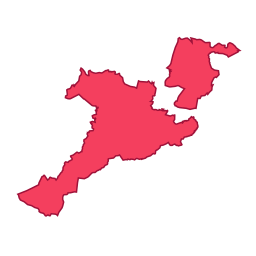 the district of Muara Enim, Sumatera Selatan, Indonesia, rotated 8°
{"feature_id": "22746128B32446581498560", "entity_name": "Muara Enim", "entity_type": "district", "adm_level": 2, "iso_a3": "IDN", "parent_name": "Indonesia", "parent_adm1": "Sumatera Selatan", "projection": "mercator", "projection_center": [104.014, -3.695], "detail": "fine", "context": "isolated", "style": "filled", "palette": "rose", "viewbox_px": 256, "rotation_deg": 8, "n_neighbors": 0, "source": "geoboundaries", "source_scale": "gbopen_adm2", "svg_char_len": 5773}
<svg xmlns="http://www.w3.org/2000/svg" viewBox="0 0 256 256"><g transform="rotate(8 128 128)"><path d="M51.6,223.1L53.1,223.9L56.3,224.3L58.4,226.4L59.1,226.5L60.7,225.3L61.7,225.4L62.1,225.8L63.1,225.7L63.9,223.6L68.1,223.4L69.3,223.7L70.4,224.5L71.2,221.2L73.8,216.2L74.2,214.2L74.6,210.3L73.3,207.9L73.0,205.7L73.2,204.1L73.8,203.0L76.7,202.4L77.5,201.5L77.6,200.6L80.2,200.1L83.7,198.7L85.9,198.6L85.6,189.0L85.8,184.4L91.8,184.3L95.3,182.0L95.6,182.1L95.3,182.0L98.4,177.7L99.5,177.0L101.6,176.6L103.6,174.4L104.5,174.1L105.7,173.0L106.5,173.1L107.4,171.4L109.4,170.4L110.5,168.2L112.5,167.0L112.8,166.3L112.5,164.9L113.1,163.4L112.7,161.8L112.9,161.2L117.9,159.7L119.7,157.3L122.2,156.7L123.4,155.9L127.6,160.5L130.5,159.5L131.7,159.6L132.2,158.8L134.4,159.1L135.1,158.4L137.4,158.3L139.0,158.6L140.5,157.1L141.1,156.9L143.6,157.4L146.0,156.5L146.0,157.0L149.5,155.4L150.9,153.9L154.2,152.3L156.2,150.0L157.0,149.7L157.5,150.0L158.4,149.8L158.6,149.5L158.6,146.8L159.3,145.9L160.1,145.6L162.3,143.1L162.6,140.9L165.3,140.0L168.2,138.2L169.9,136.7L171.9,139.0L172.6,139.3L174.3,139.0L174.8,138.4L176.6,137.4L178.3,138.5L179.4,138.3L180.3,138.7L183.5,137.4L183.7,136.9L181.9,134.4L182.4,131.5L184.2,131.2L185.0,129.2L187.2,128.5L187.4,128.2L188.3,128.1L189.0,127.5L190.3,127.2L190.7,126.5L192.1,126.3L192.3,125.4L193.7,124.2L193.8,123.3L194.4,122.9L194.2,122.3L195.2,121.4L195.3,120.9L195.0,120.9L196.1,119.9L195.9,119.4L196.6,118.6L196.5,118.0L197.0,117.6L197.0,116.4L196.0,113.9L195.8,112.7L195.0,112.3L194.0,111.3L194.0,110.9L192.3,110.0L191.5,109.2L191.8,108.5L191.4,107.9L190.0,108.5L189.2,108.0L188.0,109.8L187.0,110.6L187.0,111.8L186.1,112.4L184.6,112.6L184.6,112.9L183.4,112.8L183.0,113.3L182.6,113.2L181.2,113.9L181.7,114.9L181.1,115.5L180.4,115.0L179.7,115.2L175.5,117.4L174.8,117.4L173.8,117.0L172.4,115.6L172.1,114.8L173.0,113.2L172.5,108.7L172.3,108.7L172.4,109.5L172.1,109.6L170.6,109.0L168.1,110.3L163.3,109.6L164.8,106.2L164.9,105.5L164.5,105.1L163.5,105.8L162.5,105.5L161.6,105.9L160.2,105.5L160.7,104.5L159.1,104.4L159.7,106.0L156.4,105.4L156.3,106.1L154.8,106.4L153.3,105.9L151.9,106.0L151.5,106.3L149.5,105.9L148.9,105.1L149.1,104.8L148.9,104.3L147.3,102.7L148.8,100.7L149.2,99.4L148.9,98.9L149.0,98.5L146.8,98.5L147.6,97.7L148.5,95.6L147.9,93.2L148.4,92.6L149.6,92.5L150.1,91.9L149.8,90.5L150.1,89.7L150.2,84.8L147.3,82.2L147.3,79.4L146.1,80.2L145.5,79.3L145.2,80.9L144.1,80.5L141.8,78.6L140.8,79.8L133.5,80.3L131.9,79.9L131.0,87.3L128.8,86.6L124.5,86.5L118.6,84.8L116.9,82.8L115.6,78.9L112.6,77.0L111.9,75.2L111.4,75.3L109.9,76.3L107.9,76.5L107.5,75.9L107.7,74.8L107.3,74.0L106.6,73.8L104.7,74.5L104.2,74.3L103.5,74.9L102.5,74.4L101.6,74.9L101.1,74.8L100.6,73.3L100.1,73.3L98.7,74.1L97.8,74.3L95.0,76.8L94.0,77.2L91.8,77.1L88.5,78.3L86.0,78.1L83.6,77.4L82.4,76.2L81.1,77.1L81.0,78.0L82.0,81.5L81.1,81.7L78.8,80.7L77.3,78.4L74.7,76.0L73.2,75.2L72.6,77.3L74.3,79.1L74.2,81.8L72.9,83.5L72.7,88.2L69.7,92.5L69.3,93.6L68.6,93.0L68.6,94.1L67.3,93.2L66.6,93.4L65.8,95.9L65.0,97.1L62.9,98.0L62.1,98.8L63.2,102.9L63.2,104.0L61.8,105.0L61.8,106.7L64.2,107.3L65.7,107.3L66.9,107.0L74.7,101.5L80.1,105.4L80.8,105.4L89.3,110.7L90.6,110.9L93.1,110.7L94.0,112.1L95.4,111.7L95.6,112.1L95.2,112.7L94.0,112.6L94.5,114.0L93.3,115.0L93.5,115.3L94.4,114.9L94.8,115.3L94.2,116.2L94.8,118.8L92.0,120.0L90.9,121.0L91.9,123.1L94.1,123.2L94.3,122.8L94.6,123.0L94.5,124.1L93.8,124.5L94.7,126.9L91.8,126.4L89.9,127.5L90.1,127.8L90.5,127.7L90.6,128.5L91.5,128.6L91.3,129.3L92.3,130.3L92.5,131.0L92.2,131.8L92.5,133.0L94.0,133.6L94.1,134.3L93.7,135.5L90.5,136.2L89.9,136.9L90.1,137.5L89.8,138.0L88.6,138.1L88.8,138.5L88.3,139.5L89.4,141.5L88.0,144.3L86.1,145.7L86.1,147.2L87.1,149.0L86.1,150.7L86.1,152.0L85.5,153.2L85.8,154.7L85.5,156.7L85.6,157.8L84.9,157.9L84.2,158.7L82.7,159.7L81.4,159.1L80.7,159.1L77.6,162.3L75.1,163.7L75.2,164.3L76.9,166.0L77.0,167.1L74.1,169.2L73.5,170.3L70.8,170.3L70.0,171.7L70.4,172.7L70.3,173.8L69.7,174.6L69.2,176.1L69.4,178.9L68.9,179.6L68.6,181.0L67.7,181.8L66.2,184.9L65.5,185.6L65.2,187.5L64.0,189.5L62.7,188.1L59.7,188.2L58.0,187.6L57.4,187.9L57.0,189.2L55.6,190.7L51.9,186.6L51.4,186.5L50.6,187.6L49.6,188.2L47.5,194.7L47.4,196.7L36.4,204.2L28.1,208.9L28.9,209.6L30.0,212.4L31.5,214.3L35.5,215.5L39.2,217.8L43.4,218.3L46.7,219.7L50.1,220.2L51.5,221.8L51.6,223.1ZM165.3,32.4L165.4,35.7L163.7,41.5L162.3,49.6L161.5,58.2L160.5,60.4L158.1,63.1L162.1,64.5L161.2,64.9L161.2,65.2L162.6,66.0L162.3,66.3L161.2,65.9L162.0,68.4L161.6,68.9L162.1,70.9L161.8,71.7L159.9,73.6L158.6,75.8L158.4,77.4L159.0,80.7L163.2,81.5L164.1,81.4L168.8,80.2L171.3,79.1L172.4,79.1L175.4,80.4L178.5,81.2L174.0,89.2L173.4,91.0L172.9,94.5L171.8,94.6L170.5,96.7L170.6,98.0L171.7,99.5L172.5,99.4L174.1,100.3L176.3,100.6L182.9,100.4L186.8,100.9L191.6,99.1L192.6,99.1L192.9,89.0L195.3,88.7L196.1,86.1L199.6,85.1L201.5,82.4L202.3,83.6L203.6,81.3L205.7,78.7L205.5,75.7L206.1,73.5L204.7,74.2L204.5,71.2L206.2,66.3L207.8,65.3L208.5,65.6L210.7,62.5L209.6,58.7L205.5,58.6L202.5,57.2L202.0,56.5L199.9,52.7L200.0,52.0L199.3,51.2L199.0,48.1L198.1,47.3L198.1,45.6L197.4,45.0L197.4,44.3L198.6,42.5L199.2,42.4L199.8,41.4L202.3,40.5L203.3,40.7L203.7,41.5L204.2,41.6L206.5,40.7L206.8,41.4L207.3,41.5L211.7,41.1L216.2,42.2L217.5,43.7L226.2,37.5L226.5,37.2L225.8,36.4L227.9,35.7L224.1,33.6L222.8,32.2L220.0,30.3L217.6,29.5L216.6,29.6L215.4,30.9L215.2,31.5L215.3,33.6L214.8,34.7L214.4,34.9L213.4,35.0L212.4,34.5L212.7,33.2L212.4,32.6L209.9,33.0L206.5,31.5L205.5,31.8L203.8,33.6L202.9,34.2L201.2,36.4L200.3,36.7L198.4,36.4L197.9,35.7L197.3,32.1L196.8,31.9L193.4,32.6L192.3,32.6L188.4,30.6L186.7,30.3L183.7,31.0L182.5,30.6L177.8,30.1L179.2,32.6L179.6,34.6L177.1,32.3L174.2,30.7L172.5,31.1L169.3,32.7L167.9,32.6L166.4,31.4L165.3,32.4Z" fill="#f43f5e" stroke="#9f1239" stroke-width="1.5"/></g></svg>